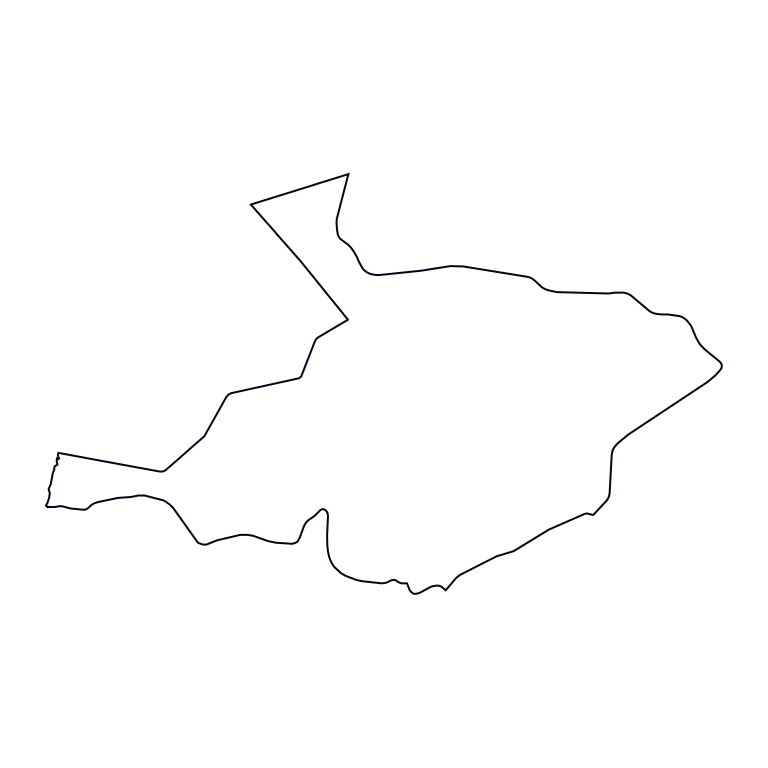 an SVG outline of Al Jawf
{"feature_id": "SAU-862", "entity_name": "Al Jawf", "entity_type": "Region", "adm_level": 1, "iso_a3": "SAU", "parent_name": "Saudi Arabia", "parent_adm1": "", "projection": "natural_earth1", "projection_center": [37.819, 29.945], "detail": "fine", "context": "isolated", "style": "outline", "palette": "ink", "viewbox_px": 768, "rotation_deg": 0, "n_neighbors": 0, "source": "natural_earth", "source_scale": "10m", "svg_char_len": 3096}
<svg xmlns="http://www.w3.org/2000/svg" viewBox="0 0 768 768"><path d="M160.2,471.6L162.8,471.5L165.2,470.5L175.7,461.4L185.8,452.5L196.9,442.7L204.3,436.3L210.5,425.3L216.5,414.6L220.9,406.7L226.2,397.2L228.5,394.6L231.1,393.2L239.4,391.4L247.9,389.5L261.6,386.5L275.2,383.5L288.0,380.7L299.2,378.2L301.3,376.3L305.5,365.4L308.7,357.3L312.1,348.5L314.9,341.3L316.1,339.2L318.3,337.3L328.7,331.1L340.2,324.3L347.2,320.2L347.8,319.8L347.9,319.7L343.2,313.8L332.7,300.9L322.3,288.0L311.9,275.1L301.4,262.2L301.1,261.8L300.8,261.4L300.5,261.1L300.2,260.7L287.9,246.7L275.7,232.9L275.6,232.6L263.2,218.6L250.9,204.6L254.5,203.4L274.4,197.2L297.9,189.9L321.4,182.5L327.0,180.8L344.9,175.2L348.4,174.1L336.9,218.4L336.5,222.3L337.0,229.5L337.5,232.5L337.6,233.2L337.9,234.7L338.6,236.6L340.1,238.7L348.3,244.9L351.2,247.9L354.4,252.5L357.1,257.5L358.8,261.5L362.0,267.5L363.7,269.7L365.7,271.5L367.8,272.8L369.9,273.8L374.2,274.8L378.7,275.1L421.1,270.7L450.3,266.1L463.0,266.4L527.3,276.8L530.5,277.7L532.7,279.0L535.0,280.8L542.0,287.4L544.5,288.8L547.7,290.1L556.6,292.1L608.7,293.5L614.4,292.7L623.7,292.6L627.4,293.6L630.5,295.1L649.6,311.2L652.1,312.6L655.4,313.7L660.5,314.4L668.2,314.5L679.5,316.1L682.3,317.1L685.9,319.5L687.9,321.6L690.3,324.8L691.5,326.7L695.9,337.3L698.7,342.4L700.4,344.9L705.1,349.7L719.4,361.4L721.2,363.4L721.9,365.7L721.5,368.0L719.9,370.4L715.7,375.1L707.8,381.8L628.5,434.4L618.3,442.8L616.0,445.2L614.1,447.6L612.8,450.0L612.1,452.5L611.7,455.0L609.6,493.6L609.4,494.4L609.0,496.1L608.2,498.3L606.6,500.7L593.2,515.0L587.2,513.5L585.1,513.7L548.9,529.6L513.5,551.2L496.8,556.2L460.6,574.6L458.3,576.2L456.1,578.0L445.7,590.3L441.9,587.0L440.6,586.3L438.9,585.7L436.4,585.6L433.1,586.1L430.4,587.0L420.4,592.5L417.9,593.4L415.6,593.9L413.3,593.6L411.2,592.0L409.7,590.2L407.0,583.3L402.8,583.4L401.0,583.2L398.9,582.4L395.8,580.4L393.5,579.8L390.4,580.6L387.9,582.1L384.7,583.1L381.2,583.3L362.1,581.2L356.2,579.9L345.7,575.9L341.2,573.3L334.9,567.6L333.1,565.3L331.7,562.9L330.5,560.5L329.1,556.6L328.0,551.7L327.3,545.0L327.1,534.8L328.0,516.1L327.6,513.4L326.5,511.2L324.7,509.6L322.6,509.1L320.6,509.9L314.6,515.9L308.2,520.3L306.3,522.2L304.8,524.5L303.7,526.9L299.8,537.5L298.6,539.9L297.1,541.9L294.8,543.1L292.2,543.8L275.7,542.7L267.7,541.0L253.2,535.8L247.7,534.9L240.1,534.9L217.1,540.3L206.6,544.5L205.1,544.6L202.8,544.5L198.8,543.1L198.1,542.7L197.5,542.1L173.0,507.7L169.9,504.7L165.7,501.6L163.4,500.4L144.6,495.5L138.4,495.5L130.9,497.0L118.2,497.9L98.6,501.9L94.5,503.2L91.2,505.1L87.8,508.4L86.2,509.3L83.8,509.8L70.2,508.4L62.4,506.3L59.1,506.2L55.9,506.9L47.8,507.1L47.7,507.1L47.7,506.5L46.1,506.0L46.1,505.2L47.5,502.7L49.1,497.9L49.8,493.0L48.8,490.0L48.8,488.4L49.9,486.3L50.8,483.8L52.8,473.4L53.3,471.9L54.4,469.3L54.2,468.6L54.4,466.9L55.3,465.9L57.5,464.6L56.9,462.7L56.7,460.1L57.0,458.4L58.1,459.1L58.3,458.7L58.3,458.4L58.4,458.2L58.9,458.3L58.2,456.5L57.9,454.6L58.3,452.9L68.9,454.8L80.2,456.9L95.1,459.7L108.3,462.1L122.5,464.7L133.8,466.8L139.2,467.8L150.2,469.8L160.2,471.6Z" fill="none" stroke="#020617" stroke-width="2"/></svg>